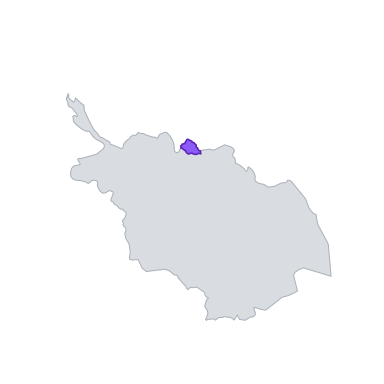 location of Khost within Afghanistan, rotated 247°
{"feature_id": "AFG-1758", "entity_name": "Khost", "entity_type": "Province", "adm_level": 1, "iso_a3": "AFG", "parent_name": "Afghanistan", "parent_adm1": "", "projection": "mercator", "projection_center": [69.796, 33.377], "detail": "fine", "context": "in_parent", "style": "filled", "palette": "violet", "viewbox_px": 384, "rotation_deg": 247, "n_neighbors": 0, "source": "natural_earth", "source_scale": "10m", "svg_char_len": 4910}
<svg xmlns="http://www.w3.org/2000/svg" viewBox="0 0 384 384"><g transform="rotate(247 192 192)"><path d="M168.6,113.7L175.4,113.0L180.1,113.9L182.5,116.3L184.9,117.0L187.2,115.8L188.7,115.6L189.3,116.3L190.4,116.7L192.2,116.5L193.2,117.2L193.5,118.6L194.8,120.5L197.2,122.7L199.3,123.2L202.1,121.5L203.0,121.7L203.5,121.2L203.8,119.9L205.5,118.7L208.5,117.6L210.3,116.6L210.9,115.8L211.9,115.6L213.1,115.8L213.9,115.5L214.5,114.4L215.6,114.0L216.5,114.2L220.7,118.2L222.4,119.4L223.1,119.2L225.3,117.0L225.5,115.0L225.0,112.4L225.4,110.2L226.8,108.6L229.3,107.6L233.1,107.3L235.4,107.5L236.2,108.3L237.4,108.8L238.8,108.9L240.2,107.9L241.4,105.9L241.5,103.5L240.4,100.5L240.7,99.6L242.6,98.1L244.6,95.9L246.5,93.0L248.4,89.5L250.7,87.4L253.5,86.5L256.8,87.5L260.7,90.2L262.2,93.6L261.3,97.5L261.2,99.7L262.0,100.1L266.4,99.4L267.0,99.9L267.0,101.1L266.3,102.7L265.5,107.4L264.1,118.9L266.0,125.8L267.3,128.5L268.6,129.3L269.9,129.6L271.3,129.4L274.0,127.7L278.0,124.4L282.0,122.4L287.7,121.3L289.7,117.9L292.3,115.6L298.4,112.1L301.7,110.8L303.6,110.6L308.2,111.9L308.5,112.9L308.2,114.1L306.8,115.0L306.4,115.7L306.9,116.2L308.8,116.4L316.8,114.1L318.6,112.0L320.3,111.9L323.7,112.8L326.3,112.5L327.7,113.4L330.8,116.4L329.8,116.6L328.4,116.0L327.6,115.0L324.4,116.3L320.8,118.2L320.9,118.7L324.0,121.5L317.4,124.5L314.4,126.2L313.6,126.3L309.2,124.7L296.6,125.2L287.1,126.1L283.4,127.7L279.9,128.4L278.1,129.2L276.9,130.8L271.7,134.4L270.7,135.7L267.8,135.6L264.7,139.0L260.3,143.1L259.4,145.0L260.1,146.0L262.4,147.5L263.5,148.9L265.1,152.8L265.8,155.6L266.8,156.8L267.4,160.0L266.3,161.9L266.3,162.9L267.8,165.4L267.4,166.1L266.3,167.3L264.6,170.4L261.5,172.8L260.2,174.8L258.0,177.1L257.1,179.1L256.1,180.1L255.1,180.7L255.4,181.7L256.3,183.0L257.7,184.4L257.6,190.3L256.8,191.9L252.9,193.5L249.1,194.2L244.5,194.2L242.8,194.0L236.4,191.8L234.4,192.9L234.0,195.4L237.6,199.5L239.1,201.8L240.8,205.7L242.0,207.7L241.6,209.5L235.0,213.6L230.8,214.0L228.2,214.7L226.9,215.7L226.0,220.0L225.1,221.6L225.1,223.4L224.2,225.5L222.9,226.9L221.9,229.1L222.7,240.4L218.9,244.9L216.8,246.5L214.7,247.3L213.1,247.0L211.0,244.5L209.5,243.5L208.0,243.7L206.5,244.6L204.2,244.3L202.1,243.4L201.1,243.5L200.5,244.4L198.3,246.3L193.0,249.2L190.8,249.5L189.9,250.2L190.2,251.4L191.2,252.4L192.9,253.1L193.0,253.9L190.2,255.4L187.5,256.3L184.3,256.7L181.0,256.1L179.3,254.8L177.3,254.7L175.4,255.7L173.6,257.2L170.9,261.2L167.1,263.6L166.1,266.0L165.0,270.4L165.4,276.8L164.9,279.7L164.1,281.5L164.2,283.0L165.5,284.7L165.0,285.7L163.9,287.0L162.9,287.6L142.0,293.7L138.6,293.9L136.9,293.6L131.0,293.6L128.5,294.1L126.1,294.9L124.2,295.9L122.8,297.5L120.4,296.6L112.6,295.1L91.6,297.1L89.6,296.7L60.1,287.1L78.2,265.4L78.7,263.6L78.8,260.0L77.7,255.2L75.8,253.0L59.7,250.4L59.1,246.7L59.3,245.0L59.0,241.8L59.1,239.3L59.8,235.2L59.8,233.3L54.7,214.8L54.7,213.0L57.7,208.7L61.5,204.5L61.3,203.7L59.4,203.3L56.5,203.2L54.9,202.6L53.7,201.4L53.2,199.7L54.0,196.7L53.2,190.8L56.2,185.9L61.0,185.6L58.5,182.0L58.0,181.6L57.8,181.0L58.1,180.3L59.3,180.1L62.2,177.8L62.3,176.5L64.7,173.1L64.5,171.5L66.0,167.5L65.2,164.7L65.0,163.3L66.8,162.3L67.9,158.5L68.5,157.5L68.6,156.6L68.2,155.0L69.8,154.8L71.2,156.8L73.6,158.9L75.1,159.5L77.0,159.8L81.2,159.1L82.1,159.2L86.5,162.8L87.3,163.8L87.6,165.2L88.3,165.6L89.8,164.2L91.3,163.7L94.2,164.2L95.6,163.7L102.7,159.2L103.3,156.3L104.0,154.6L104.9,153.6L103.8,150.3L104.2,149.7L105.1,149.4L107.5,149.4L118.3,145.7L121.1,145.7L121.7,145.4L121.9,144.4L122.7,143.3L127.8,140.6L130.8,137.9L131.8,135.8L136.7,118.8L139.3,117.4L141.9,116.3L150.9,116.0L152.6,110.7L153.4,109.5L154.9,108.2L161.6,112.0L168.6,113.7Z" fill="#d9dde1" stroke="#a8b0b8" stroke-width="1"/><path d="M236.5,199.0L236.8,199.1L237.8,199.5L238.6,199.4L238.8,199.6L239.0,200.5L239.1,200.9L239.2,201.0L239.4,201.2L239.7,201.3L239.8,201.4L239.9,201.6L239.9,202.1L239.5,203.6L239.5,204.0L239.5,204.5L239.7,204.9L240.0,205.3L240.7,205.5L240.8,205.7L240.9,206.0L241.0,206.2L242.0,207.3L242.4,208.1L242.2,208.8L238.9,211.6L238.6,211.8L238.2,211.8L237.7,211.6L236.8,212.9L236.7,213.1L236.4,213.2L235.9,213.2L235.7,213.2L234.2,214.1L233.4,214.2L232.1,213.5L231.4,213.6L230.5,214.3L230.1,214.4L229.8,214.3L229.6,214.2L229.0,214.3L228.6,214.3L227.8,214.4L227.2,214.9L226.7,215.5L226.5,215.9L224.7,215.2L223.9,215.2L223.8,214.6L224.4,213.9L225.0,213.1L225.0,212.9L225.0,212.7L225.0,212.1L224.9,211.9L224.8,211.7L224.8,211.4L225.0,210.5L225.1,210.1L225.2,209.9L225.4,209.6L225.8,209.2L225.9,208.7L226.0,208.6L227.0,207.6L227.5,207.4L227.6,207.2L227.8,206.9L227.9,206.6L228.3,205.2L228.0,204.8L228.0,204.5L228.1,204.3L228.4,203.7L228.5,203.4L229.1,202.9L229.4,202.7L229.7,202.6L230.9,202.2L232.2,202.1L232.3,202.1L232.6,202.3L233.2,201.4L233.3,201.4L233.5,201.2L234.1,201.1L234.4,200.9L234.8,200.7L235.4,200.3L235.9,200.2L236.0,200.1L236.3,199.7L236.5,199.4L236.5,199.0Z" fill="#8b5cf6" stroke="#5b21b6" stroke-width="1.5"/></g></svg>